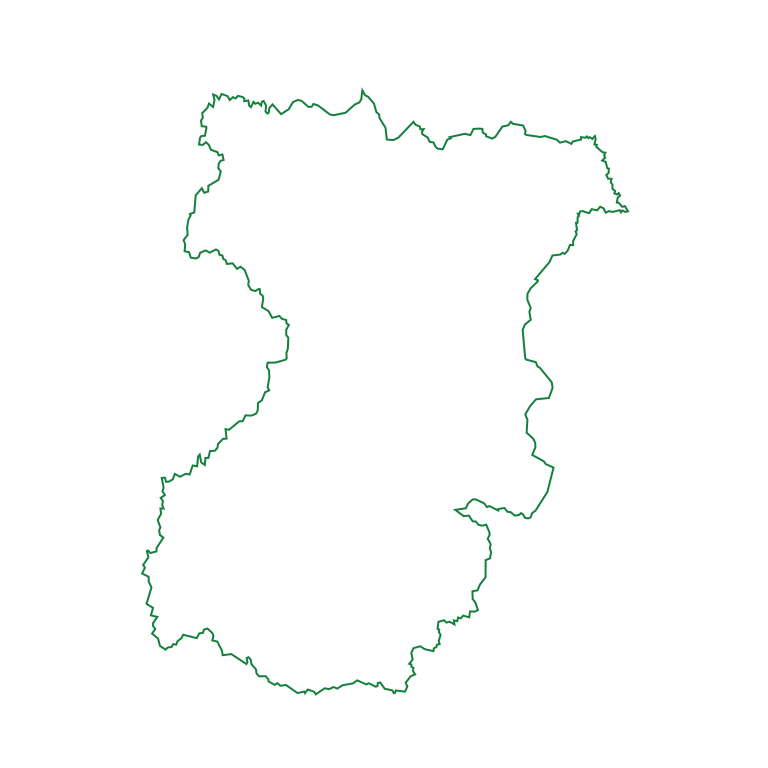 Flavio Alfaro, Manabi, Ecuador (Natural Earth projection), rotated 173°
{"feature_id": "8360857B52288748558736", "entity_name": "Flavio Alfaro", "entity_type": "district", "adm_level": 2, "iso_a3": "ECU", "parent_name": "Ecuador", "parent_adm1": "Manabi", "projection": "natural_earth1", "projection_center": [-79.814, -0.325], "detail": "fine", "context": "isolated", "style": "outline", "palette": "green", "viewbox_px": 768, "rotation_deg": 173, "n_neighbors": 0, "source": "geoboundaries", "source_scale": "gbopen_adm2", "svg_char_len": 6132}
<svg xmlns="http://www.w3.org/2000/svg" viewBox="0 0 768 768"><g transform="rotate(173 384 384)"><path d="M541.0,600.5L547.9,594.2L551.4,577.4L556.0,576.4L555.4,574.8L558.1,571.0L560.4,563.0L560.7,556.0L565.4,551.2L564.3,547.0L565.7,540.0L561.5,538.7L560.3,532.9L555.4,531.5L552.6,532.5L550.5,536.6L546.2,538.0L544.4,538.2L541.2,535.6L534.4,538.0L532.0,536.2L531.5,532.2L528.8,531.3L528.3,527.7L526.1,526.3L525.3,522.3L519.5,522.2L515.8,516.2L512.2,517.9L508.4,514.1L505.6,502.9L506.7,498.9L504.6,493.8L500.4,491.9L496.8,493.6L495.7,493.2L495.9,488.6L493.7,486.4L493.4,483.7L495.8,475.2L489.7,470.4L486.9,463.3L479.6,464.3L477.5,461.2L473.3,459.4L473.3,456.0L471.2,454.3L474.5,449.6L475.0,444.2L473.3,441.7L475.2,430.5L477.1,426.6L477.5,421.1L478.8,420.1L488.8,418.5L496.9,419.3L498.2,415.1L496.5,411.6L496.9,404.8L499.9,394.8L498.7,391.7L503.1,390.2L507.3,382.6L511.4,380.5L512.5,373.3L514.6,370.1L519.4,368.8L525.3,369.7L528.8,364.3L532.3,364.6L543.3,357.5L546.8,358.5L546.9,349.0L550.6,349.1L556.1,344.6L557.1,341.0L559.9,338.4L564.9,338.6L567.3,332.0L570.2,332.4L571.8,325.5L574.9,328.4L575.5,336.4L577.3,334.8L579.5,325.1L583.8,326.4L587.9,317.9L591.8,319.0L597.8,316.8L602.6,320.3L605.3,315.1L609.2,313.4L612.1,313.4L612.9,317.7L616.0,317.9L615.4,307.7L617.0,304.5L615.0,300.5L619.5,298.2L617.7,294.8L618.9,290.8L617.9,287.2L621.1,287.7L621.0,282.5L625.2,276.5L623.4,268.9L625.0,266.2L624.8,261.5L621.7,258.4L629.6,249.1L630.3,245.6L636.5,244.7L638.5,247.5L639.7,247.1L639.0,240.6L645.1,233.8L643.7,230.8L647.2,225.4L641.1,221.3L641.6,216.6L639.6,210.4L646.5,194.7L640.5,189.9L643.6,182.8L637.4,180.5L642.5,174.6L642.8,172.2L640.9,168.8L644.6,164.5L639.3,159.0L638.3,151.4L633.3,147.0L630.7,148.8L626.8,148.9L625.0,151.5L622.0,150.6L620.4,153.8L615.9,156.5L613.9,159.6L600.9,154.6L597.7,159.0L594.2,159.0L592.5,162.2L589.0,162.8L584.7,157.7L584.0,154.5L585.7,150.4L580.9,148.7L577.3,139.2L577.2,134.5L568.4,134.5L554.7,122.8L553.5,124.2L553.7,128.8L551.7,129.3L549.8,126.4L549.7,122.0L545.8,116.3L545.8,112.2L543.6,109.1L537.1,108.4L534.8,105.1L534.9,102.9L529.2,98.7L526.3,100.1L523.7,97.1L518.0,97.2L507.5,87.8L500.6,88.4L500.1,86.8L497.0,90.0L491.0,87.2L489.5,84.3L480.0,89.2L475.6,87.8L471.0,89.4L467.6,87.4L461.7,90.1L451.4,90.6L446.7,93.1L438.0,87.9L435.8,88.9L429.0,84.5L427.2,85.2L426.6,87.9L424.1,88.2L420.4,81.4L413.2,79.0L411.9,75.9L410.4,76.2L409.8,78.4L400.6,76.1L397.7,81.0L398.9,84.8L393.3,90.6L388.5,92.0L390.2,95.5L389.4,98.6L391.3,100.0L391.0,102.3L393.1,103.2L389.1,107.1L389.7,113.8L386.9,118.2L379.9,119.3L376.0,115.9L367.5,112.8L366.7,115.6L364.1,116.5L363.3,118.8L360.5,119.0L361.0,122.3L358.4,128.1L359.8,131.1L359.1,133.5L360.7,134.4L358.9,141.4L353.2,142.2L351.0,139.6L347.9,140.1L343.4,136.8L343.5,140.8L340.2,139.7L338.9,143.2L336.5,142.0L333.6,144.5L327.9,142.0L326.3,147.8L322.0,147.0L318.3,148.1L320.0,156.2L322.2,159.7L321.5,167.4L316.2,167.9L313.4,173.0L306.7,180.0L304.6,196.8L300.1,198.0L298.1,203.9L299.0,207.6L297.7,212.1L299.9,217.7L297.5,221.5L297.5,224.0L299.7,231.9L304.0,231.4L307.6,232.9L309.6,236.3L312.7,236.9L315.8,243.0L321.1,243.2L328.6,250.4L317.8,250.7L315.1,255.1L310.1,258.6L307.0,258.3L299.2,253.4L296.8,249.3L294.3,250.0L286.0,244.5L285.7,246.0L279.6,246.2L277.1,242.2L273.9,241.4L270.4,237.5L265.9,237.5L263.8,239.1L262.0,237.9L260.5,234.1L257.3,233.0L254.8,233.7L252.6,237.9L249.1,239.8L235.0,256.9L225.9,280.4L233.2,284.8L234.8,287.8L245.5,295.5L241.4,302.8L241.1,307.1L242.5,311.5L248.4,318.3L246.0,331.0L247.5,336.6L241.3,344.7L234.9,350.3L222.0,350.0L217.1,359.7L217.3,365.2L227.3,381.1L229.5,382.7L230.6,387.2L239.7,390.8L240.7,392.4L239.8,420.8L236.8,425.9L230.5,429.9L230.9,437.9L229.1,441.6L231.5,450.2L230.6,456.0L226.6,461.3L219.0,467.0L218.6,468.1L221.3,469.7L204.8,484.9L201.2,491.0L193.3,491.0L191.0,492.4L188.7,491.2L185.4,494.0L182.4,499.4L179.3,498.8L178.9,502.8L174.5,509.2L175.3,512.1L173.7,513.1L173.8,520.6L172.2,520.5L171.5,525.9L170.1,526.9L170.8,529.2L169.5,528.7L168.5,531.3L165.8,531.4L159.6,528.5L156.6,532.2L151.3,530.4L147.8,533.6L144.7,531.6L143.0,527.0L139.7,528.2L136.0,526.9L128.8,527.8L127.9,525.5L126.2,527.2L123.7,525.4L120.8,525.7L123.2,531.2L125.9,530.8L129.1,535.4L130.8,535.7L129.4,540.3L126.7,542.3L127.8,544.9L129.5,543.7L132.1,545.1L131.1,547.5L133.4,549.8L133.0,554.2L134.4,556.5L133.1,560.0L136.5,560.4L137.9,564.4L135.4,566.0L134.6,570.4L136.0,570.9L136.9,577.4L140.2,579.2L136.9,581.7L137.7,584.0L136.1,586.6L139.0,587.5L144.4,593.6L143.6,595.5L145.9,596.0L144.0,601.7L144.5,604.4L147.3,601.8L149.8,604.0L151.2,603.1L152.5,605.0L154.0,603.9L158.4,605.0L158.8,602.6L167.1,601.7L168.7,599.5L174.1,602.9L179.9,602.1L182.7,605.4L194.1,610.5L198.6,610.1L212.3,613.8L213.7,615.2L212.6,617.6L214.4,623.6L224.3,626.5L226.2,628.8L229.0,625.7L235.1,625.1L243.4,615.7L246.7,614.4L252.4,617.4L252.4,619.3L255.3,621.5L255.3,625.2L257.8,625.8L264.1,626.3L267.9,620.5L273.3,622.5L288.8,621.0L287.9,619.7L291.4,618.8L297.1,609.8L301.7,610.9L304.0,613.2L305.4,617.7L309.1,618.7L310.7,623.4L315.5,627.3L315.6,629.7L313.6,632.1L316.9,632.4L316.9,635.0L321.3,637.7L322.7,640.7L339.7,626.8L344.9,625.0L351.4,626.3L351.3,638.1L356.0,648.4L356.0,652.1L358.4,654.8L359.8,663.5L364.8,671.1L367.5,672.8L369.7,678.1L371.8,669.5L374.1,666.5L378.9,665.0L389.1,657.9L401.5,656.9L405.0,658.2L415.6,668.6L420.0,670.5L422.0,668.0L425.3,668.3L431.2,675.0L434.9,676.4L439.9,675.0L445.1,668.3L453.3,664.4L460.6,675.1L464.2,671.8L465.4,667.3L466.7,666.7L468.4,668.8L467.1,674.5L469.0,679.6L470.9,679.0L472.0,675.3L474.7,678.5L477.7,677.8L479.1,679.9L482.4,675.0L483.9,676.7L484.1,681.9L488.3,681.8L487.8,684.2L489.2,686.0L493.9,687.8L496.4,685.5L498.9,687.1L502.5,684.6L504.3,688.9L509.9,691.6L513.1,686.6L515.2,690.5L518.3,692.1L517.6,686.5L519.9,679.8L523.5,683.7L525.5,679.8L531.4,675.0L531.4,670.4L533.5,667.8L533.5,662.1L529.1,661.0L529.1,659.6L531.5,652.2L534.9,652.4L536.5,651.0L538.4,644.2L534.8,643.4L531.2,645.7L528.6,642.5L527.3,637.6L521.0,634.4L520.2,631.1L516.4,631.5L515.9,625.9L519.0,625.4L521.1,623.0L522.2,618.4L520.1,614.8L523.3,606.9L534.2,602.1L535.0,596.5L539.1,595.7L541.0,600.5Z" fill="none" stroke="#15803d" stroke-width="2"/></g></svg>